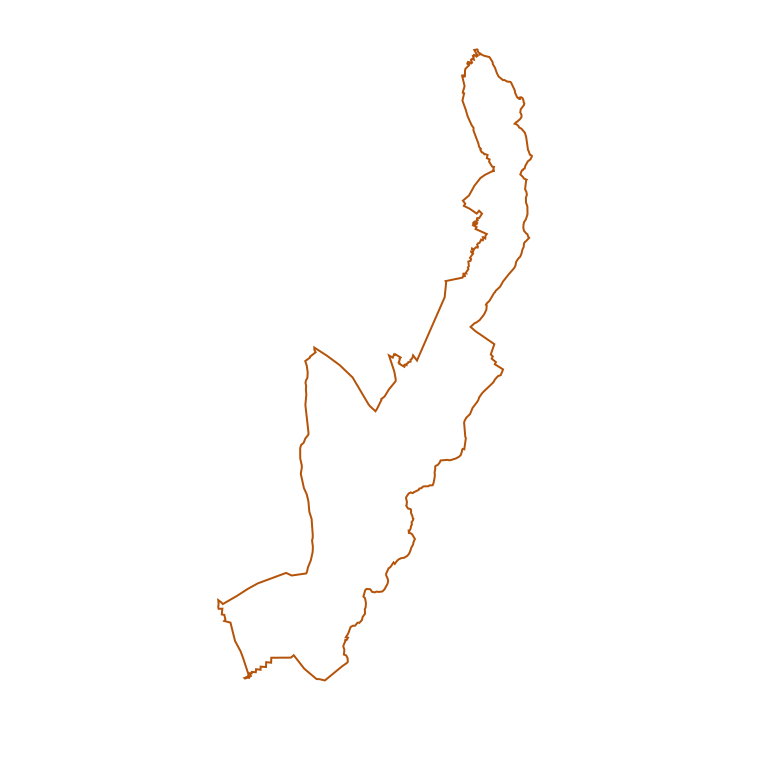 the district of Fortín, Veracruz, Mexico, rotated 224°
{"feature_id": "50627088B80111986215691", "entity_name": "Fortín", "entity_type": "district", "adm_level": 2, "iso_a3": "MEX", "parent_name": "Mexico", "parent_adm1": "Veracruz", "projection": "mercator", "projection_center": [-96.984, 18.895], "detail": "fine", "context": "isolated", "style": "outline", "palette": "amber", "viewbox_px": 768, "rotation_deg": 224, "n_neighbors": 0, "source": "geoboundaries", "source_scale": "gbopen_adm2", "svg_char_len": 6144}
<svg xmlns="http://www.w3.org/2000/svg" viewBox="0 0 768 768"><g transform="rotate(224 384 384)"><path d="M454.6,570.7L450.8,570.1L450.3,567.6L444.5,569.5L435.7,571.0L435.9,574.7L431.8,574.6L430.8,569.5L432.2,568.0L431.6,567.0L430.3,566.9L430.4,565.9L431.7,563.6L431.8,562.0L431.2,561.3L430.2,563.4L428.7,564.4L428.4,563.5L429.6,560.2L426.4,561.2L425.8,559.1L414.2,563.3L414.1,561.3L412.3,559.1L414.6,558.6L414.9,558.2L413.5,557.5L412.7,556.0L413.5,555.4L414.4,555.3L413.3,551.9L414.1,550.3L413.8,548.9L411.7,547.9L411.4,547.2L412.9,546.1L412.9,543.2L414.8,542.7L414.3,542.0L412.6,542.6L411.7,540.7L413.3,539.9L412.8,539.4L410.5,539.6L409.8,534.4L408.1,534.4L407.3,532.8L408.4,530.7L404.8,527.7L404.6,526.1L403.1,525.3L402.3,520.4L401.8,520.4L403.5,518.5L402.2,517.4L401.1,518.1L400.8,517.9L402.0,516.2L401.4,515.1L411.2,500.8L410.0,500.3L409.1,499.3L400.6,488.5L376.6,423.8L383.0,424.8L381.5,422.1L381.7,419.8L380.4,418.6L381.7,416.5L381.3,415.9L381.7,414.4L380.9,413.3L382.2,412.8L382.7,412.0L382.5,411.4L381.5,411.1L381.3,410.5L386.9,409.2L387.1,409.8L388.3,409.5L389.6,412.5L390.4,413.0L390.4,414.6L396.7,413.2L396.4,412.5L397.3,412.2L396.0,409.1L400.2,408.0L385.2,400.1L378.7,395.4L377.6,394.1L376.7,383.5L374.9,375.5L375.5,371.2L374.8,370.8L371.8,361.4L371.2,358.5L378.9,358.3L381.3,358.7L411.1,366.9L429.1,366.8L444.8,364.7L459.4,361.8L457.8,360.2L455.2,359.3L456.2,352.2L455.6,351.5L456.6,345.8L452.3,343.5L447.0,339.4L443.3,335.1L442.7,332.5L441.2,330.2L438.6,328.5L436.4,325.8L432.5,322.4L426.0,314.3L404.6,296.6L403.2,295.0L402.7,290.0L401.0,286.0L401.2,282.4L399.7,279.6L392.6,272.3L386.7,268.4L385.2,267.0L381.5,261.6L369.3,253.5L363.2,251.1L360.6,249.5L356.8,247.0L348.9,240.2L342.3,236.6L330.6,226.1L328.4,223.8L327.1,221.5L322.3,217.7L318.7,213.7L314.2,206.4L311.3,199.2L308.9,195.4L308.4,193.6L317.4,182.1L323.2,180.1L336.3,152.9L339.6,142.2L342.6,129.4L347.1,113.7L349.3,113.9L353.1,113.4L350.2,110.9L348.4,108.5L346.8,107.4L344.2,110.1L340.6,105.5L338.5,107.0L334.6,104.5L334.4,102.5L328.7,105.7L312.7,95.7L301.5,92.1L295.8,89.4L280.0,81.1L279.3,80.2L278.8,79.0L279.2,77.1L280.1,75.6L279.4,75.6L278.4,77.5L278.9,77.8L276.9,78.9L277.5,81.1L277.1,81.5L279.4,82.9L278.2,83.9L279.1,85.0L276.0,87.6L277.9,90.0L274.3,92.7L276.4,95.0L272.3,98.4L275.5,102.1L271.6,105.1L274.9,108.8L260.9,122.5L260.5,126.2L243.5,123.8L227.6,124.9L225.3,126.9L220.6,129.7L218.0,152.0L216.9,157.8L217.1,159.1L219.8,161.5L222.7,162.5L224.9,161.5L227.9,165.3L230.9,166.9L231.6,167.9L232.9,171.3L234.1,173.1L233.0,173.7L233.7,176.5L235.5,175.4L236.5,179.9L239.2,185.9L238.6,188.3L236.9,190.0L237.2,193.7L237.0,194.3L235.9,194.9L235.8,196.1L235.9,198.9L237.5,201.5L238.1,205.6L241.3,208.6L242.0,210.5L244.7,213.8L248.8,216.7L251.2,216.8L254.3,222.7L254.2,224.4L251.3,226.8L248.2,226.2L245.9,227.7L245.2,229.4L243.1,231.0L241.1,233.6L241.0,234.9L241.0,236.6L242.7,242.8L244.2,245.2L246.1,246.5L249.2,247.7L250.7,249.0L252.7,254.7L252.3,255.9L252.3,257.3L253.2,262.3L251.3,262.1L251.8,265.9L251.6,268.2L250.5,270.9L248.9,272.8L247.9,276.4L248.0,278.9L248.7,281.2L250.7,285.4L251.6,288.8L252.9,290.7L254.1,294.0L259.2,295.4L261.1,295.2L262.6,294.1L264.4,295.7L263.7,296.1L264.3,298.3L266.0,300.8L266.2,302.2L268.1,303.7L268.5,306.0L269.2,307.4L269.8,307.3L271.6,308.6L275.2,310.1L276.6,311.8L277.6,312.4L278.2,312.4L280.3,311.1L283.6,312.0L283.8,312.9L285.7,315.2L288.9,317.2L289.5,318.3L290.2,322.5L289.4,324.6L287.7,325.3L287.4,325.8L287.4,326.7L285.5,332.0L286.0,333.2L284.7,335.2L284.8,336.8L284.1,338.2L281.1,341.2L280.8,342.7L278.7,344.9L279.4,346.9L282.7,352.0L284.3,354.0L286.0,355.3L288.2,358.6L289.7,360.0L290.0,360.9L289.1,363.2L289.4,366.3L290.2,368.3L285.5,373.7L284.0,374.5L283.1,375.7L280.6,380.3L279.5,383.8L279.5,386.4L281.2,389.8L282.0,390.6L282.3,392.0L280.9,392.8L287.5,401.9L289.1,402.7L299.6,411.9L300.6,413.9L301.4,417.3L301.2,422.1L303.7,428.4L304.5,435.7L305.0,437.8L306.3,440.8L307.1,446.1L306.5,461.1L307.3,464.2L307.5,468.8L306.2,471.4L308.1,476.3L308.5,477.2L318.0,475.2L318.7,477.5L324.1,477.0L324.9,479.4L327.7,479.4L332.3,489.3L355.0,485.5L361.4,485.2L361.1,490.6L360.3,492.4L359.6,496.4L360.3,503.4L362.0,508.6L364.8,512.0L365.7,511.8L366.1,513.4L365.9,517.0L368.0,525.8L367.9,527.3L368.4,528.3L368.1,534.6L369.6,540.5L370.5,549.8L370.9,557.9L371.7,560.5L373.9,563.9L374.6,568.3L374.4,569.9L375.6,573.1L377.7,576.7L378.8,579.7L381.0,582.5L381.3,584.1L381.1,584.7L381.1,590.0L382.4,590.0L385.0,591.4L386.0,591.1L389.9,591.5L392.2,593.1L394.1,595.2L395.7,597.8L396.3,601.0L398.7,605.8L404.3,611.4L407.8,613.1L411.2,616.4L412.7,619.4L415.2,621.2L417.8,622.1L423.3,629.3L423.3,630.0L426.2,629.0L428.4,629.5L431.5,629.4L433.2,633.4L432.7,634.2L433.1,635.6L432.5,636.6L433.9,639.1L435.2,644.1L434.7,647.3L435.7,650.4L436.3,650.9L438.4,650.3L441.6,652.0L443.0,652.4L453.4,660.5L457.2,662.6L462.5,663.1L465.1,662.4L466.6,663.0L469.2,662.8L470.8,662.0L470.8,664.2L470.2,665.9L470.4,666.7L470.1,668.4L470.5,671.5L472.2,673.2L474.6,674.0L476.5,676.6L477.1,681.8L478.0,683.4L479.1,683.6L480.3,684.6L482.9,685.9L484.6,685.5L485.4,684.3L484.2,683.6L484.7,683.0L487.3,682.7L491.8,684.5L494.2,686.2L502.3,689.2L503.3,688.9L505.5,687.1L508.4,686.4L509.6,685.2L515.2,684.8L518.9,686.1L523.7,688.5L527.8,689.7L529.7,691.1L535.3,692.4L539.2,690.1L541.6,689.0L543.4,688.7L543.9,687.7L544.7,688.5L545.7,688.1L547.6,688.4L548.8,689.4L549.4,689.4L551.1,687.0L546.0,685.5L545.1,685.8L544.6,685.3L545.0,683.7L546.2,684.0L547.8,683.2L546.9,681.9L547.6,681.6L544.7,679.8L546.5,679.0L546.6,677.5L543.9,676.3L543.9,675.6L544.0,675.1L546.1,674.8L547.3,674.0L546.6,672.3L546.2,672.2L544.8,673.1L544.2,672.2L544.4,667.4L543.6,665.9L539.5,661.5L539.9,660.8L541.5,661.0L542.1,660.1L532.9,654.2L529.9,648.4L530.3,647.9L528.3,648.8L524.5,642.4L515.4,637.9L510.1,634.8L500.9,631.1L497.4,630.4L495.9,628.6L483.1,622.5L480.2,620.6L476.8,620.4L477.8,620.0L477.6,619.5L474.8,618.6L474.7,618.8L473.0,619.2L471.6,619.0L471.6,619.3L468.6,620.7L466.9,617.9L464.1,618.9L462.8,616.9L457.1,615.5L455.7,616.5L454.1,613.7L453.8,614.2L452.9,613.5L453.9,612.3L456.7,604.4L457.7,599.1L456.7,589.5L453.8,578.6L454.6,570.7Z" fill="none" stroke="#b45309" stroke-width="2"/></g></svg>